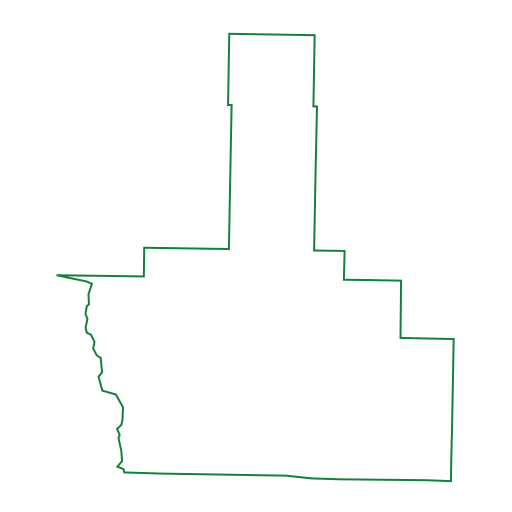 the district of Grant, New Mexico, United States of America, rotated 181°
{"feature_id": "52423323B35670822030134", "entity_name": "Grant", "entity_type": "district", "adm_level": 2, "iso_a3": "USA", "parent_name": "United States of America", "parent_adm1": "New Mexico", "projection": "robinson", "projection_center": [-108.207, 32.536], "detail": "fine", "context": "isolated", "style": "outline", "palette": "green", "viewbox_px": 512, "rotation_deg": 181, "n_neighbors": 0, "source": "geoboundaries", "source_scale": "gbopen_adm2", "svg_char_len": 877}
<svg xmlns="http://www.w3.org/2000/svg" viewBox="0 0 512 512"><g transform="rotate(181 256 256)"><path d="M57.2,34.3L57.2,57.7L57.2,57.8L57.1,72.5L57.2,72.9L57.0,80.3L57.0,80.6L56.9,176.4L110.1,176.6L110.5,233.9L142.3,233.9L167.7,233.8L167.5,262.6L198.0,262.5L197.9,343.6L197.6,406.6L201.2,406.6L201.2,477.8L286.6,477.7L286.6,406.5L283.0,406.5L283.1,364.6L283.2,262.5L332.3,262.4L367.9,262.3L367.8,233.6L455.1,233.3L425.1,227.6L419.6,225.3L422.8,214.9L422.2,204.7L424.3,202.9L425.5,195.0L423.4,190.2L425.2,181.4L423.8,176.3L419.5,174.3L416.0,167.4L417.2,160.7L413.5,153.9L409.5,151.4L407.9,137.0L411.3,132.6L407.3,118.7L393.7,115.1L386.3,102.3L386.7,89.6L387.7,84.7L391.9,80.8L389.2,74.8L390.3,71.6L387.3,58.9L386.3,48.7L390.9,42.9L384.8,40.6L383.9,37.3L346.4,36.8L222.2,36.9L196.5,34.6L167.9,34.2L82.3,34.8L57.2,34.3Z" fill="none" stroke="#15803d" stroke-width="2"/></g></svg>